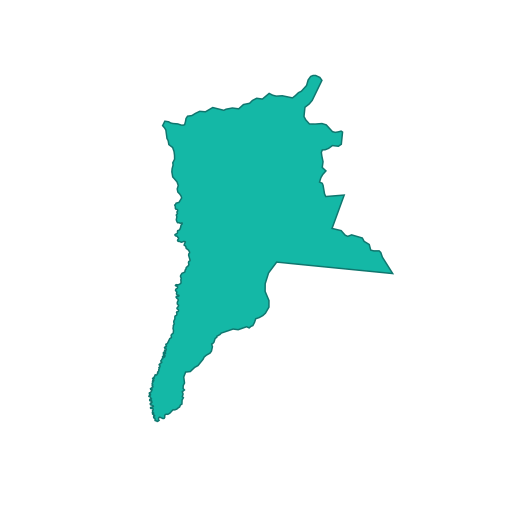 Ndélé, Bamingui-Bangoran, Central African Republic, rotated 291°
{"feature_id": "33826404B83224337375675", "entity_name": "Ndélé", "entity_type": "district", "adm_level": 2, "iso_a3": "CAF", "parent_name": "Central African Republic", "parent_adm1": "Bamingui-Bangoran", "projection": "albers", "projection_center": [20.022, 8.555], "detail": "fine", "context": "isolated", "style": "filled", "palette": "teal", "viewbox_px": 512, "rotation_deg": 291, "n_neighbors": 0, "source": "geoboundaries", "source_scale": "gbopen_adm2", "svg_char_len": 6045}
<svg xmlns="http://www.w3.org/2000/svg" viewBox="0 0 512 512"><g transform="rotate(291 256 256)"><path d="M276.7,162.5L275.5,162.4L274.4,161.9L273.2,163.0L271.6,163.6L271.0,164.4L271.2,165.6L271.0,166.2L270.0,166.7L269.4,166.7L268.9,166.4L268.4,166.6L267.7,167.4L267.1,167.4L266.1,166.9L265.5,167.0L264.3,168.1L261.2,168.6L259.6,170.0L259.0,170.9L259.6,172.5L259.4,173.1L259.5,173.7L260.1,174.6L260.2,175.3L259.6,175.5L258.9,175.4L258.4,175.1L257.8,175.0L255.4,175.4L253.3,175.3L252.3,174.7L251.7,173.9L251.1,173.8L249.5,174.4L248.8,174.3L247.3,172.9L246.6,172.7L246.0,173.7L246.1,175.6L245.3,176.4L245.2,177.1L244.8,177.4L244.2,177.5L243.0,177.1L242.4,177.2L242.0,177.6L241.8,178.2L242.2,179.2L242.1,181.2L242.3,181.7L243.7,183.3L244.0,184.4L243.8,185.0L240.9,184.9L240.3,185.1L240.1,186.5L239.4,187.3L238.1,188.1L237.4,190.6L236.1,192.4L235.1,192.9L233.8,192.5L232.6,192.8L228.4,196.0L227.7,196.0L226.9,195.3L226.3,195.2L225.7,195.3L223.8,196.4L222.5,196.2L220.5,195.1L219.8,195.0L218.6,195.3L217.5,194.9L215.7,195.3L215.2,195.0L213.3,193.1L210.8,192.6L209.7,192.9L208.6,194.1L206.7,194.4L204.8,195.4L203.7,195.6L202.2,194.8L201.2,193.6L200.7,191.9L200.3,191.5L199.7,191.3L199.4,191.7L199.4,193.5L199.1,193.9L198.6,194.1L197.8,194.1L196.4,193.1L195.2,193.1L194.8,193.5L194.0,195.0L192.1,195.3L191.5,196.2L191.6,198.1L191.1,198.3L190.6,198.1L190.3,197.7L189.9,196.5L189.6,196.1L188.9,196.2L188.3,197.0L187.7,198.7L187.2,199.1L186.7,199.3L184.6,199.1L183.5,199.5L183.0,199.7L182.3,201.3L181.8,201.5L181.0,201.5L179.3,200.9L178.7,201.0L178.4,201.3L178.1,202.6L177.7,203.0L177.2,203.2L176.5,203.3L176.0,203.0L175.5,202.1L174.9,202.0L174.0,202.7L172.9,203.1L172.2,203.0L171.0,202.0L170.3,202.0L168.2,202.8L165.6,202.6L164.1,203.3L163.3,204.0L161.4,203.7L160.5,204.1L158.6,204.5L156.9,205.7L154.5,206.3L154.0,206.2L152.7,205.4L151.8,205.2L151.2,205.3L149.9,206.2L149.3,206.1L148.0,205.1L142.5,204.6L141.3,203.5L140.8,203.7L140.6,204.1L139.8,204.3L139.5,205.3L139.4,204.7L139.2,204.7L138.7,203.8L137.7,203.4L137.2,204.0L137.4,204.9L136.5,205.7L135.9,205.7L135.6,205.4L135.4,204.5L135.1,204.5L134.6,204.8L134.8,205.6L134.3,205.8L133.7,205.5L133.4,206.0L132.6,206.4L132.5,206.2L132.8,206.0L132.6,205.4L132.9,204.3L132.4,204.2L130.6,205.1L130.3,205.6L130.4,205.9L130.9,206.0L130.6,206.6L129.4,206.9L128.8,206.6L129.5,205.5L128.7,204.8L128.2,204.9L128.0,205.7L127.6,205.5L126.6,205.7L126.0,205.0L124.9,205.1L124.0,204.7L123.4,205.2L123.3,205.9L123.0,206.1L121.6,205.4L121.4,205.1L120.7,205.0L120.0,204.5L119.6,204.7L119.5,205.3L118.8,205.9L118.0,205.9L117.5,205.5L117.0,205.4L116.8,206.0L115.0,205.9L114.0,206.4L112.4,205.8L112.0,205.9L112.0,206.2L111.4,206.4L110.4,206.0L109.4,205.9L109.1,205.6L109.0,204.5L106.7,204.4L105.9,204.0L105.6,204.5L105.0,204.7L104.7,204.3L105.1,203.6L104.7,203.4L104.0,204.4L103.4,204.2L102.5,204.3L103.0,204.9L102.9,205.2L101.5,204.8L101.0,205.0L100.2,204.7L99.5,204.8L99.1,205.1L99.1,205.5L98.7,205.8L98.1,205.4L97.7,205.7L96.9,206.6L96.5,206.2L95.5,205.9L94.9,206.3L94.6,205.1L94.4,205.0L93.7,205.5L93.9,206.0L93.5,206.4L93.5,206.8L93.0,206.9L90.3,206.4L90.4,205.9L90.2,205.6L89.8,205.5L88.9,206.0L88.9,206.9L88.6,207.3L88.3,207.3L87.7,206.6L86.7,206.2L86.5,206.4L86.7,207.4L85.2,209.5L84.8,209.3L84.6,208.6L84.0,208.2L83.3,208.4L82.9,208.7L82.9,209.3L83.8,209.5L83.8,209.8L83.7,210.1L83.2,210.4L82.6,211.0L82.2,211.2L82.0,210.7L81.5,210.6L81.2,211.0L80.9,211.0L80.4,210.3L79.9,210.5L79.8,210.4L79.3,210.9L79.4,212.6L79.2,213.1L79.2,213.8L78.7,214.1L77.6,213.2L77.6,212.8L76.9,211.9L76.4,211.9L76.0,212.4L76.6,214.5L76.0,215.0L75.3,215.1L74.6,214.8L73.7,215.3L72.9,215.3L72.8,216.6L72.6,216.7L72.1,216.0L71.6,215.9L71.3,216.3L71.3,217.3L70.6,217.7L70.6,218.5L70.3,218.6L69.3,218.0L68.3,218.5L68.3,219.6L68.0,219.7L67.6,220.3L66.4,220.6L66.2,220.9L66.4,222.4L66.1,223.0L66.4,223.5L67.8,224.4L68.1,223.8L69.0,223.4L69.9,223.2L70.6,223.4L71.1,223.9L70.9,227.3L71.3,228.2L71.7,228.5L72.9,228.6L74.2,227.9L75.5,228.2L76.2,229.0L76.4,230.0L76.9,230.7L78.4,231.9L82.4,233.5L82.9,234.1L82.9,234.6L83.4,235.5L84.6,236.8L85.4,237.4L86.2,237.7L87.7,238.8L89.5,238.8L90.2,239.1L91.2,239.9L95.1,238.6L97.7,239.0L98.2,237.6L101.0,237.4L102.8,235.8L105.3,237.2L106.2,235.4L108.9,234.5L111.8,234.8L117.1,231.9L122.4,231.9L124.6,236.1L130.1,238.7L132.9,241.1L140.6,243.6L143.0,243.8L145.6,245.2L148.9,247.9L151.3,248.5L155.8,247.8L156.5,247.1L158.0,246.2L158.7,246.9L160.3,247.6L164.4,247.4L166.0,248.5L167.0,248.2L169.8,250.5L171.6,251.2L179.6,260.8L180.8,265.8L186.6,272.6L186.4,275.4L188.5,276.5L189.9,278.0L193.6,278.4L197.3,278.2L199.6,281.0L202.8,283.7L206.0,285.3L212.9,286.4L219.0,284.1L226.2,277.2L233.4,274.5L244.7,273.8L257.7,277.5L288.6,389.9L300.2,374.4L304.0,371.2L304.9,369.1L303.0,364.2L302.6,361.0L307.3,357.6L308.4,351.7L310.9,348.8L310.0,337.7L307.2,334.6L307.4,331.8L310.2,326.4L309.0,317.1L344.5,316.5L336.5,299.8L338.6,297.7L346.0,293.3L347.6,291.8L347.8,288.8L352.4,288.5L356.0,289.1L360.5,290.8L362.4,286.1L368.0,284.8L373.0,281.6L376.1,279.9L378.8,279.9L380.0,282.5L382.5,285.2L386.5,287.8L388.0,293.6L390.9,295.6L402.7,292.4L403.1,290.7L401.4,288.4L399.8,285.7L399.5,282.8L403.6,274.6L403.3,270.1L400.4,264.0L398.4,258.6L400.9,253.7L403.4,250.8L412.4,248.4L417.0,251.2L421.4,252.7L443.6,254.6L445.6,251.6L445.9,246.9L445.0,244.6L443.2,242.7L439.1,241.6L433.3,242.1L426.1,239.3L423.7,237.1L419.7,235.2L416.7,233.4L415.0,223.1L412.5,217.6L412.1,213.9L412.5,210.0L404.8,205.7L403.5,200.1L399.9,196.9L396.3,195.3L392.9,190.0L387.2,187.1L385.7,180.9L382.3,175.4L380.5,173.8L379.1,162.4L372.5,157.1L370.9,151.6L367.4,148.3L364.1,145.8L362.0,142.0L359.3,141.4L356.1,142.0L353.1,142.3L352.1,141.3L351.4,139.3L351.3,135.7L349.9,130.9L349.6,128.5L350.0,126.4L349.2,122.6L344.2,122.1L342.8,124.8L341.3,126.7L333.8,130.8L332.3,132.6L328.8,134.7L327.4,139.3L324.1,142.1L320.7,143.9L317.2,145.3L313.2,144.9L311.2,146.0L307.4,146.4L304.4,147.3L300.0,149.9L296.9,155.7L293.9,158.2L290.4,158.4L287.7,160.1L286.3,163.0L284.9,164.8L283.5,165.8L278.5,164.9L276.7,162.5Z" fill="#14b8a6" stroke="#0f766e" stroke-width="1.5"/></g></svg>